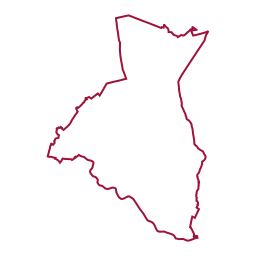 outline of Darmanesti, Suceava, Romania
{"feature_id": "2599482B2984859912538", "entity_name": "Darmanesti", "entity_type": "district", "adm_level": 2, "iso_a3": "ROU", "parent_name": "Romania", "parent_adm1": "Suceava", "projection": "orthographic", "projection_center": [26.129, 47.745], "detail": "fine", "context": "isolated", "style": "outline", "palette": "rose", "viewbox_px": 256, "rotation_deg": 0, "n_neighbors": 0, "source": "geoboundaries", "source_scale": "gbopen_adm2", "svg_char_len": 5686}
<svg xmlns="http://www.w3.org/2000/svg" viewBox="0 0 256 256"><path d="M197.4,237.8L197.0,236.9L197.3,236.3L197.1,236.1L196.7,235.9L195.8,235.9L195.6,236.0L195.6,236.4L195.4,236.8L194.8,237.0L194.3,237.0L193.8,236.8L193.6,236.3L194.0,235.7L194.2,235.0L194.0,234.3L194.0,233.7L193.9,233.5L193.3,232.6L192.4,230.6L191.9,229.5L191.4,228.7L191.0,228.2L191.0,227.8L190.8,227.5L190.5,227.3L190.1,227.1L190.8,223.4L191.9,218.2L192.3,216.6L194.9,217.8L198.9,209.1L196.6,207.5L198.0,204.9L197.5,204.6L198.0,203.6L198.0,203.2L198.0,202.9L197.9,202.6L197.6,202.2L197.5,201.7L197.4,201.4L197.2,201.2L196.7,201.0L196.5,200.9L196.5,200.7L196.6,199.6L196.5,198.5L196.5,198.4L196.8,198.0L196.8,197.8L196.8,197.5L196.3,196.7L196.2,196.4L196.2,196.1L196.3,196.0L196.4,195.4L196.2,194.7L196.3,194.4L196.5,193.9L196.7,193.4L196.6,192.8L196.7,191.8L196.8,191.4L196.9,191.2L197.2,190.9L197.5,190.1L197.9,189.6L198.2,189.3L198.2,189.2L198.4,188.9L198.4,188.7L198.4,188.0L198.3,187.7L198.4,187.3L198.7,185.7L198.7,185.3L198.5,185.1L198.6,184.6L198.6,184.4L198.8,184.1L198.8,183.6L198.7,183.4L198.6,183.2L199.0,182.7L198.9,182.6L198.7,182.5L198.6,182.4L199.0,181.8L199.0,181.6L198.8,181.4L198.5,181.3L198.6,180.7L198.5,180.3L198.4,179.9L198.2,179.4L198.1,179.1L197.8,178.6L197.6,178.1L197.6,177.0L197.6,176.8L197.2,176.2L197.2,175.8L197.2,175.1L197.3,174.8L198.6,173.1L199.4,171.5L200.0,169.4L201.3,166.6L201.8,164.9L202.2,164.1L202.1,162.7L202.1,161.7L204.1,160.3L204.9,159.2L205.4,158.1L205.6,156.8L205.2,155.5L204.8,154.9L204.3,154.4L203.9,153.4L203.0,151.5L200.1,149.8L198.1,148.4L197.3,147.0L196.8,146.3L195.6,145.5L194.3,143.9L194.2,140.3L193.1,134.0L192.5,128.9L191.7,126.2L191.6,124.6L190.6,122.6L189.0,120.5L187.3,119.6L186.8,119.2L186.5,118.4L186.3,116.8L185.8,116.1L185.5,114.4L184.1,111.3L183.5,109.9L181.5,105.7L181.6,105.4L181.8,104.5L181.9,103.7L181.4,101.3L181.2,99.7L180.8,98.0L180.3,97.1L180.1,96.4L179.6,92.7L179.4,91.9L179.2,91.2L179.1,90.1L179.0,88.7L178.9,86.7L178.7,85.7L178.3,81.9L178.4,81.4L178.7,80.8L179.6,78.9L181.1,76.1L183.1,72.9L196.5,52.5L204.5,40.5L205.5,36.7L206.0,35.4L206.3,34.7L207.4,32.9L208.3,31.0L207.4,31.7L206.8,31.9L205.5,32.4L202.9,33.1L201.0,33.7L198.5,34.3L195.9,35.0L193.1,35.5L191.2,30.6L196.5,29.8L196.5,29.7L196.3,29.6L195.6,29.3L194.5,28.4L194.1,28.0L193.5,27.5L192.6,27.1L192.4,27.2L192.4,27.6L192.6,27.8L192.6,28.1L192.3,28.7L192.0,28.9L191.7,29.1L190.7,29.4L190.3,29.6L189.9,30.3L189.3,30.8L188.5,31.6L187.5,32.2L187.4,32.3L187.5,32.5L187.4,32.6L186.9,32.8L186.6,33.1L186.1,33.7L185.3,34.3L184.9,34.8L184.5,35.1L183.3,35.5L182.8,35.5L181.8,35.2L181.2,35.0L180.3,35.5L177.9,37.2L177.5,36.7L177.0,36.0L176.6,35.8L174.6,35.2L173.8,34.8L173.7,34.8L173.4,34.6L173.4,34.4L173.3,34.2L172.7,33.7L172.3,33.4L172.3,33.2L171.9,32.6L171.8,32.4L171.5,32.2L168.6,32.1L168.5,30.1L168.4,29.7L167.8,28.4L165.1,26.0L164.5,25.0L164.1,25.0L163.6,27.6L161.7,27.2L161.3,28.0L147.6,22.7L143.1,21.0L134.6,17.7L129.9,15.9L128.5,15.4L118.0,17.7L118.0,17.8L116.0,18.2L116.3,21.2L116.6,22.6L116.9,26.2L117.1,27.4L117.3,28.8L117.5,30.1L117.8,31.6L118.1,33.7L118.5,37.0L119.0,40.1L119.3,41.0L120.1,42.8L119.9,47.1L119.9,49.9L120.4,55.9L121.0,59.9L121.7,63.4L122.1,65.5L122.6,69.0L123.0,70.3L123.8,72.2L124.4,73.7L126.2,78.8L125.1,79.0L118.7,80.7L112.8,82.0L106.6,83.6L105.2,86.1L104.1,87.9L103.6,89.0L102.1,91.5L100.4,94.3L99.7,95.5L97.8,93.5L94.2,96.3L91.3,98.6L89.0,97.0L88.1,97.4L86.9,98.1L86.2,98.1L85.9,98.0L85.7,98.0L85.6,98.4L85.8,98.8L86.5,99.4L85.5,99.9L84.8,100.5L84.4,101.2L84.4,101.9L84.3,102.2L84.0,102.5L83.3,102.7L82.7,103.1L82.3,103.9L81.9,104.6L81.0,105.3L80.1,106.2L79.0,107.3L78.6,107.4L78.1,107.9L77.9,107.9L77.3,107.3L76.7,107.5L76.1,108.1L76.1,108.3L76.1,108.5L77.0,110.4L77.7,111.7L77.2,112.4L74.6,115.9L74.5,116.3L74.0,117.0L72.4,119.3L70.3,123.2L69.9,123.8L68.2,125.7L67.0,126.9L63.5,129.9L61.6,128.4L61.9,127.9L60.7,126.9L60.2,127.4L59.1,128.0L58.6,127.5L57.6,128.1L57.2,128.2L57.3,128.6L57.3,128.8L56.7,128.8L56.6,129.1L56.7,130.3L56.7,131.0L56.3,131.7L56.4,132.3L56.6,132.9L57.7,134.4L59.0,135.2L58.6,136.2L58.5,137.4L58.5,137.7L58.4,137.8L58.1,138.0L55.9,138.4L55.4,138.8L54.9,139.7L54.9,140.1L54.5,140.4L54.4,140.7L54.3,141.0L54.2,141.3L54.4,141.7L54.6,141.9L54.6,142.2L54.6,142.6L54.3,143.5L53.9,143.6L53.6,143.9L53.0,144.8L51.3,143.7L51.0,144.1L51.2,144.4L51.1,144.7L50.7,145.4L50.5,145.7L50.3,146.1L50.1,146.9L49.9,148.5L49.0,151.2L48.8,152.1L48.7,153.1L48.4,153.8L47.7,156.4L48.3,156.7L49.5,156.8L51.4,156.8L53.2,157.5L55.4,157.9L55.1,158.7L55.6,158.8L56.3,159.2L57.7,160.1L58.8,161.1L59.6,162.0L60.0,162.7L61.1,161.3L61.5,160.8L62.5,158.6L64.4,158.9L70.9,159.2L71.4,159.5L72.0,160.0L75.0,158.0L74.6,157.4L75.6,156.6L76.1,157.1L77.5,156.2L78.9,154.9L79.9,155.6L82.1,156.5L84.3,157.1L86.1,158.7L87.2,159.6L88.7,160.2L91.0,160.6L91.7,161.0L92.8,161.6L93.3,162.2L93.5,163.4L92.6,166.1L92.5,167.6L90.5,170.1L90.0,171.3L90.4,173.0L91.9,175.0L93.0,176.2L95.7,177.1L96.8,178.3L97.9,179.9L97.6,181.1L97.4,182.4L98.9,184.8L100.0,185.4L102.2,185.9L103.5,186.9L105.1,188.4L107.6,189.0L109.1,188.7L112.4,187.6L113.8,187.7L115.1,188.2L115.8,188.7L116.2,191.2L116.5,192.7L118.3,196.2L119.3,197.6L120.8,198.7L121.8,199.0L123.4,198.7L127.9,196.4L129.2,196.4L130.0,196.9L131.9,197.9L133.6,199.3L134.8,201.2L139.8,208.9L140.6,210.0L142.4,212.3L143.6,214.0L146.1,218.1L147.5,220.3L149.0,221.1L151.2,221.7L152.5,222.6L154.1,224.4L156.6,229.8L157.4,230.9L158.9,231.6L161.4,231.7L164.0,231.5L166.2,232.4L171.5,234.1L173.7,235.2L174.7,236.5L175.6,238.4L178.5,239.0L180.1,239.1L181.0,239.0L183.0,239.0L183.8,239.2L185.2,239.8L186.1,240.2L187.3,240.6L188.4,240.6L190.2,240.2L193.6,238.9L194.6,238.4L196.0,238.0L197.4,237.8Z" fill="none" stroke="#9f1239" stroke-width="2"/></svg>